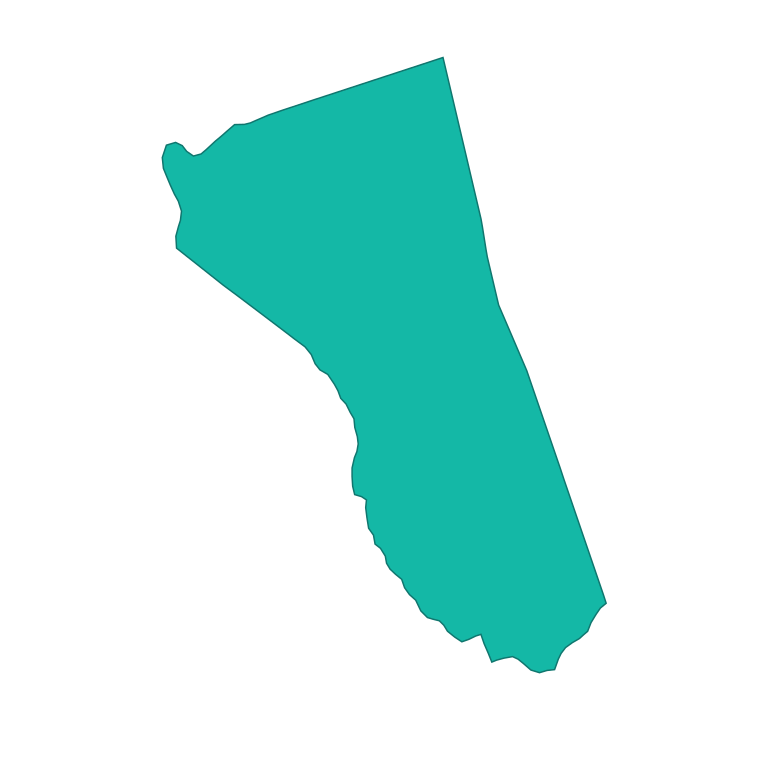 outline of São Luís do Quitunde, Alagoas, Brazil, rotated 170°
{"feature_id": "56859067B95131422032753", "entity_name": "São Luís do Quitunde", "entity_type": "district", "adm_level": 2, "iso_a3": "BRA", "parent_name": "Brazil", "parent_adm1": "Alagoas", "projection": "equal_earth", "projection_center": [-35.61, -9.235], "detail": "fine", "context": "isolated", "style": "filled", "palette": "teal", "viewbox_px": 768, "rotation_deg": 170, "n_neighbors": 0, "source": "geoboundaries", "source_scale": "gbopen_adm2", "svg_char_len": 1560}
<svg xmlns="http://www.w3.org/2000/svg" viewBox="0 0 768 768"><g transform="rotate(170 384 384)"><path d="M563.3,565.7L564.7,553.8L525.1,509.2L511.7,495.0L493.0,474.9L471.6,451.8L464.1,443.6L455.3,434.3L450.5,425.6L448.3,415.9L444.6,409.0L437.7,403.2L432.9,392.4L430.5,385.3L429.1,377.4L424.8,370.8L422.2,361.9L419.6,355.0L420.3,346.3L419.4,336.8L419.8,329.5L422.4,322.2L425.9,316.6L430.0,306.9L431.5,298.5L432.6,288.8L432.1,280.2L425.7,277.0L421.4,272.9L423.5,265.4L424.0,255.4L424.2,244.6L420.6,237.0L420.6,227.9L416.0,222.8L412.6,214.3L412.6,207.0L410.1,200.5L405.6,194.5L400.5,188.6L399.1,179.8L395.5,172.2L390.3,165.6L387.1,154.1L381.8,146.5L376.9,144.0L370.6,141.2L367.0,136.1L364.4,129.5L358.3,122.5L352.1,116.6L344.8,117.8L337.4,119.9L332.0,120.6L330.5,110.9L328.1,100.9L326.1,91.4L321.1,92.5L313.3,93.2L304.7,93.2L299.7,89.7L295.3,84.6L289.0,76.8L281.0,72.7L273.2,73.6L265.6,73.1L260.1,82.8L256.4,87.9L251.0,92.9L243.4,96.6L235.7,99.4L231.3,102.2L226.4,105.1L221.6,113.0L215.2,120.3L209.8,125.8L203.3,129.5L204.5,138.2L223.5,259.6L225.0,270.0L241.1,372.4L251.8,418.1L257.4,441.8L260.2,491.1L260.2,498.6L259.8,521.6L259.8,529.6L269.2,695.3L402.6,676.2L435.5,671.4L451.3,668.9L458.3,667.2L464.7,665.7L470.3,664.3L476.4,663.9L486.1,665.4L494.5,660.4L501.2,656.3L507.7,652.6L513.1,649.1L518.7,645.5L524.2,642.3L532.1,641.6L537.9,647.3L541.3,653.8L547.3,658.1L556.8,657.0L563.0,645.5L563.8,634.7L561.7,625.0L559.9,617.0L557.4,607.3L554.8,599.8L553.4,589.4L556.1,580.4L559.0,574.9L563.3,565.7Z" fill="#14b8a6" stroke="#0f766e" stroke-width="1.5"/></g></svg>